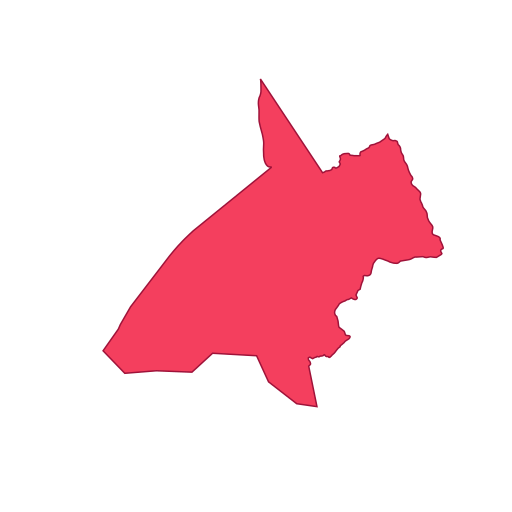 Atima, Santa Bárbara, Honduras (Robinson projection), rotated 68°
{"feature_id": "27666195B460141259069", "entity_name": "Atima", "entity_type": "district", "adm_level": 2, "iso_a3": "HND", "parent_name": "Honduras", "parent_adm1": "Santa Bárbara", "projection": "robinson", "projection_center": [-88.493, 14.908], "detail": "fine", "context": "isolated", "style": "filled", "palette": "rose", "viewbox_px": 512, "rotation_deg": 68, "n_neighbors": 0, "source": "geoboundaries", "source_scale": "gbopen_adm2", "svg_char_len": 6020}
<svg xmlns="http://www.w3.org/2000/svg" viewBox="0 0 512 512"><g transform="rotate(68 256 256)"><path d="M286.6,433.3L315.6,421.6L325.1,391.3L339.7,358.9L329.9,332.7L348.7,292.8L377.4,291.5L408.2,273.6L418.5,255.9L377.9,248.4L377.6,247.8L377.2,246.8L377.0,246.4L376.6,245.9L376.0,245.7L375.1,245.6L374.2,245.6L373.6,245.7L372.5,246.1L371.7,246.2L371.4,246.1L370.1,245.7L370.0,245.4L369.9,244.9L369.9,244.3L370.0,243.9L370.3,243.6L371.0,243.2L372.0,242.3L372.3,242.1L372.4,241.9L372.3,241.2L372.1,239.6L372.3,237.9L372.2,237.6L372.0,237.3L372.0,237.1L372.1,236.8L372.5,236.4L372.8,236.0L373.0,235.5L373.1,235.1L373.1,234.8L372.9,234.3L372.9,233.9L373.0,233.6L373.2,233.0L373.4,232.4L373.5,231.6L373.5,230.9L373.4,230.5L373.1,230.0L373.1,229.7L373.3,229.5L373.5,229.4L374.0,229.2L374.8,229.0L375.2,228.7L375.8,228.0L376.1,227.1L376.4,226.7L376.6,226.5L377.2,226.4L377.4,226.2L377.5,225.9L377.6,225.5L377.5,225.2L377.2,224.7L377.0,223.8L376.7,223.2L376.4,222.7L375.4,219.9L374.6,218.4L373.6,216.8L372.3,214.4L371.9,213.1L371.7,212.2L371.5,211.9L371.0,211.7L370.8,211.5L370.1,209.1L369.7,208.0L369.3,206.8L368.6,205.6L368.3,204.7L367.6,200.9L367.3,200.4L366.9,199.7L366.5,199.3L366.1,199.0L365.7,199.0L365.4,199.1L365.1,199.3L364.8,199.6L364.4,200.3L363.9,201.3L363.6,201.7L363.2,202.2L362.9,202.5L362.4,202.6L359.4,202.4L358.7,202.5L356.2,203.9L353.9,205.3L353.3,205.6L353.0,205.7L352.7,205.7L351.8,205.6L347.0,204.3L342.6,203.8L342.4,203.8L342.0,203.9L341.5,204.2L341.0,204.6L340.3,204.6L339.0,204.6L338.1,204.4L337.3,204.0L336.3,203.4L335.6,202.7L335.2,202.2L334.2,200.5L332.6,198.0L331.9,197.2L331.7,196.9L331.5,196.4L331.3,195.8L331.1,194.5L331.0,193.8L330.9,192.1L331.0,190.1L330.9,189.7L330.7,188.8L330.6,188.0L330.7,187.4L330.9,186.6L330.9,186.1L330.7,184.3L330.6,183.6L330.6,183.3L330.8,183.1L331.6,182.6L332.3,182.0L333.0,181.2L333.5,180.5L333.6,180.1L333.7,179.7L333.6,179.1L333.4,178.6L333.0,178.0L332.8,177.9L332.6,177.8L332.2,177.8L331.2,177.9L330.1,177.9L329.6,177.9L326.2,174.4L326.1,174.0L325.8,171.9L323.1,170.0L320.5,167.9L319.2,166.5L318.0,165.6L316.4,164.6L315.9,164.5L315.3,164.4L315.0,164.2L314.8,164.0L314.7,163.6L314.7,163.1L314.7,162.7L314.9,162.6L315.2,161.8L316.0,160.4L316.1,160.0L316.2,159.4L316.3,158.6L316.2,157.9L316.1,157.3L315.8,156.8L315.5,156.3L315.2,156.0L314.2,155.3L312.7,154.4L309.8,152.1L308.1,151.0L307.3,150.3L306.7,149.7L306.2,148.9L305.2,147.3L304.6,146.2L304.2,145.1L304.0,144.5L303.9,144.0L304.0,143.3L304.2,142.6L304.7,141.8L305.2,141.1L306.3,139.7L308.2,137.7L309.8,135.9L310.3,135.4L311.2,134.6L311.7,134.2L314.0,131.3L314.9,129.6L315.6,128.0L315.7,127.3L315.7,126.8L315.3,125.3L314.9,124.4L314.8,124.1L315.1,122.7L316.5,116.4L316.8,114.8L316.8,113.1L316.5,110.5L316.5,109.4L316.5,109.0L316.7,108.5L317.2,107.3L319.0,101.8L319.4,101.1L320.1,100.4L320.6,99.7L321.0,99.1L321.3,98.4L321.4,98.0L322.0,94.7L323.9,91.3L324.9,89.2L324.6,87.5L324.2,85.0L324.0,83.8L323.5,82.8L322.5,82.8L320.9,83.0L320.3,82.8L319.6,82.3L319.2,81.4L319.2,80.7L319.2,80.2L319.1,79.8L318.7,79.4L317.6,79.2L315.3,79.1L310.4,79.3L309.8,79.2L309.5,79.0L308.8,78.7L308.2,78.7L307.5,78.9L306.4,79.6L305.4,80.6L302.8,83.5L302.0,83.9L301.1,84.1L299.4,83.6L296.3,81.6L295.1,81.2L293.6,81.3L289.8,82.4L288.2,82.7L286.5,82.7L284.6,82.7L281.0,81.6L279.7,81.5L277.6,81.6L274.2,82.7L272.6,82.9L271.5,82.7L268.9,82.7L267.6,82.9L266.1,82.8L264.7,82.7L260.2,80.1L259.8,80.0L259.0,79.9L258.1,80.0L257.5,80.2L255.9,80.9L253.9,81.8L252.4,82.3L252.0,82.5L249.4,84.3L249.0,84.4L248.1,84.7L247.1,84.8L246.0,84.6L245.2,84.3L244.9,84.0L244.2,82.9L243.5,82.0L242.9,81.7L241.9,81.6L241.0,81.6L239.8,82.0L239.2,82.2L237.2,82.4L235.9,82.5L233.6,82.5L231.6,82.3L229.6,82.0L228.3,82.0L226.9,82.2L224.6,82.8L223.9,82.9L223.0,83.0L221.9,82.9L219.5,82.2L218.5,82.0L217.9,82.0L215.0,82.5L214.5,82.5L213.4,82.4L212.1,82.2L210.5,81.7L209.8,81.6L208.8,81.6L207.6,81.8L207.0,82.0L206.2,82.4L205.7,82.5L204.9,82.4L203.2,82.2L202.7,82.2L202.3,82.5L201.8,82.9L201.0,83.8L200.8,84.4L200.6,85.3L200.5,85.6L200.3,85.9L199.9,86.5L199.5,86.9L198.6,87.7L197.6,88.4L197.3,88.5L196.6,88.5L192.5,88.3L192.9,89.1L193.5,90.1L194.1,90.9L194.9,91.8L195.4,92.6L195.5,93.0L196.8,98.8L196.7,102.3L196.8,103.3L196.8,104.2L196.7,105.1L196.3,107.1L196.2,108.3L196.3,108.7L196.6,109.3L196.9,109.6L197.3,109.9L197.5,110.2L197.8,110.7L197.9,111.2L198.0,111.8L198.0,112.8L198.1,113.4L198.2,114.2L198.4,114.9L198.6,116.2L198.7,118.0L198.7,119.3L198.7,119.7L198.8,120.0L199.1,120.4L199.6,120.9L200.2,121.3L201.7,121.8L201.8,121.9L201.8,122.0L201.7,122.6L201.3,123.7L200.1,126.6L199.8,127.4L198.9,128.8L198.0,130.6L197.8,130.9L197.6,131.1L196.9,131.1L196.0,131.4L195.7,131.7L195.4,132.1L194.2,135.8L194.1,137.0L194.1,137.8L194.3,138.7L194.7,139.7L194.7,140.0L194.5,140.6L194.6,140.8L194.9,141.0L195.3,141.1L196.2,141.1L197.0,141.2L197.5,141.3L197.9,141.5L198.2,141.7L198.7,142.1L199.9,143.6L200.9,143.5L201.8,143.3L202.1,143.4L202.3,143.4L202.8,143.8L203.1,144.3L203.3,144.5L204.1,145.4L204.3,146.6L204.5,147.8L204.5,148.4L204.4,148.9L204.3,149.2L204.1,149.5L203.4,149.7L203.1,150.1L202.8,150.6L202.7,151.3L202.7,151.7L202.9,152.1L203.5,152.7L204.0,153.1L204.1,153.3L204.2,153.6L204.3,154.2L204.4,155.4L204.3,156.1L204.2,156.4L204.0,156.9L203.9,157.9L203.5,158.8L203.4,159.5L203.4,159.8L203.7,160.6L203.8,161.0L203.8,161.7L203.7,163.1L93.5,185.6L94.8,185.8L97.8,186.8L102.7,188.7L105.4,189.8L106.8,190.6L108.0,191.5L108.8,192.1L110.3,193.7L111.8,194.8L113.1,195.6L114.6,196.3L115.8,196.8L117.1,197.2L120.4,198.1L121.8,198.5L124.5,199.6L128.6,201.3L130.7,202.1L132.5,202.7L134.8,203.1L137.9,203.6L145.5,204.5L148.2,205.0L151.4,205.7L153.2,206.2L154.8,206.8L160.1,209.2L164.0,210.6L166.1,211.4L167.7,211.8L169.4,212.2L170.5,212.4L172.0,212.5L173.7,212.5L175.3,212.2L176.5,211.8L177.3,211.4L178.1,210.7L178.4,210.1L178.9,209.1L179.2,208.6L179.4,208.6L179.6,208.7L179.7,208.9L209.2,304.9L210.8,309.1L213.3,315.3L214.6,318.3L217.4,324.4L220.4,330.3L223.6,336.2L256.1,391.3L268.7,407.4L272.2,411.0L286.6,433.3Z" fill="#f43f5e" stroke="#9f1239" stroke-width="1.5"/></g></svg>